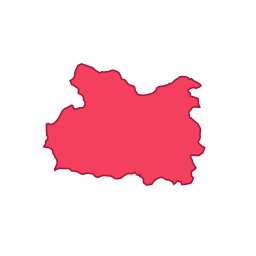 Tambaú, São Paulo, Brazil, rotated 60°
{"feature_id": "56859067B22944162583516", "entity_name": "Tambaú", "entity_type": "district", "adm_level": 2, "iso_a3": "BRA", "parent_name": "Brazil", "parent_adm1": "São Paulo", "projection": "orthographic", "projection_center": [-47.241, -21.6], "detail": "fine", "context": "isolated", "style": "filled", "palette": "rose", "viewbox_px": 256, "rotation_deg": 60, "n_neighbors": 0, "source": "geoboundaries", "source_scale": "gbopen_adm2", "svg_char_len": 3155}
<svg xmlns="http://www.w3.org/2000/svg" viewBox="0 0 256 256"><g transform="rotate(60 128 128)"><path d="M117.1,48.3L116.5,50.4L114.6,50.8L112.8,52.1L111.5,53.9L110.4,55.5L109.6,57.6L110.0,60.5L110.1,63.7L110.9,66.2L111.2,68.0L110.3,69.7L110.4,71.9L109.9,74.3L109.1,77.3L108.2,79.0L107.7,80.5L107.8,83.2L109.1,84.5L109.8,87.0L110.2,88.6L109.7,91.0L109.3,93.1L108.6,95.3L107.7,97.9L106.5,99.5L104.8,101.8L103.4,103.1L101.2,102.7L99.4,103.3L97.9,102.5L96.0,101.9L94.6,102.2L93.1,103.5L91.3,105.3L89.2,106.2L86.9,106.3L85.0,106.6L83.7,107.8L82.6,109.0L80.3,108.8L78.4,108.3L75.7,108.3L73.5,109.2L72.4,110.4L70.6,111.7L69.8,113.7L69.6,115.6L69.3,117.3L68.2,119.1L67.7,120.7L66.4,122.4L65.9,125.0L64.0,126.2L62.0,127.2L60.0,128.1L58.4,128.3L49.2,136.2L49.0,137.8L48.9,140.2L50.6,142.5L52.0,144.8L54.3,146.9L55.9,147.9L57.0,149.0L57.8,150.7L58.0,152.4L58.1,154.5L60.3,154.8L62.4,155.0L64.3,153.5L66.8,152.4L68.4,151.6L70.1,151.5L71.2,152.4L73.1,153.7L75.4,152.1L77.2,151.1L79.1,151.3L81.4,152.5L83.9,152.1L86.4,153.7L87.7,155.9L87.4,157.9L86.4,159.7L85.8,163.1L84.6,165.1L82.4,165.2L80.9,164.6L79.9,165.9L80.0,168.7L79.7,172.4L80.0,175.2L81.1,177.5L82.9,180.1L84.1,182.1L85.4,184.4L85.9,185.9L86.5,188.2L87.1,190.1L86.4,193.2L84.1,194.9L83.9,196.6L85.2,197.5L87.5,198.7L89.3,199.9L91.5,200.7L93.6,202.0L96.4,202.0L97.4,203.4L98.2,205.7L101.0,207.8L102.1,210.4L103.9,208.5L104.9,206.7L106.3,205.7L108.3,204.6L110.2,204.7L112.4,205.6L114.7,205.3L117.2,205.8L119.0,205.4L121.1,205.9L123.5,207.2L124.8,208.9L125.8,210.3L126.7,211.9L128.2,212.4L128.2,210.2L128.3,208.6L129.0,206.7L130.1,205.3L131.9,202.3L133.3,199.7L135.1,198.8L136.9,198.3L138.9,195.4L140.1,194.1L141.7,193.0L143.4,192.1L145.1,190.8L145.9,189.3L146.2,187.4L147.2,185.1L148.9,183.0L150.2,181.4L152.0,180.9L153.9,180.5L155.8,178.5L156.0,176.1L156.8,173.1L158.6,170.4L159.8,168.8L160.5,167.4L162.6,165.8L164.9,164.9L166.2,163.4L167.0,161.7L167.7,160.0L167.7,158.4L167.4,156.2L167.3,154.4L167.0,152.1L167.7,150.1L169.0,148.6L170.0,146.4L169.8,144.3L171.8,143.9L173.9,143.2L174.8,140.9L175.9,142.0L177.4,140.6L180.1,140.3L181.9,141.3L183.4,141.9L184.9,141.2L186.9,140.3L187.8,137.4L188.6,135.4L187.7,133.9L186.8,131.3L186.5,129.1L186.5,127.2L187.1,124.2L189.1,122.1L191.8,121.0L192.9,119.3L194.9,117.6L196.3,116.5L198.1,116.4L199.7,116.4L199.3,113.5L198.6,111.5L200.0,110.6L201.1,108.8L203.9,109.7L204.9,107.7L205.8,105.4L206.6,103.0L207.1,100.6L205.0,97.7L204.0,96.3L201.7,96.9L199.2,96.0L197.3,94.5L197.3,91.6L196.6,89.1L190.2,89.4L187.8,88.4L186.4,88.6L184.4,88.4L183.4,86.9L183.8,85.3L185.2,83.7L186.4,82.0L187.4,80.0L186.9,77.8L186.9,75.6L183.2,71.3L181.2,72.8L178.6,73.8L176.6,74.5L174.8,73.7L173.7,71.9L172.3,70.2L169.9,69.1L168.4,68.1L166.5,66.6L164.3,65.6L162.2,65.6L159.2,65.5L157.3,66.3L155.5,66.9L152.9,67.9L150.7,68.4L149.6,69.5L147.1,68.3L144.4,67.4L143.5,64.0L142.4,62.1L142.8,60.3L144.2,58.0L145.3,56.8L145.8,55.3L144.0,55.1L142.1,54.9L138.0,52.5L136.6,53.2L133.6,56.1L131.5,58.0L129.1,56.8L127.1,57.4L125.2,57.1L124.9,54.0L125.6,51.3L127.7,49.0L128.2,45.6L127.8,43.6L126.3,43.8L124.0,44.8L122.2,45.8L119.9,47.6L117.1,48.3Z" fill="#f43f5e" stroke="#9f1239" stroke-width="1.5"/></g></svg>